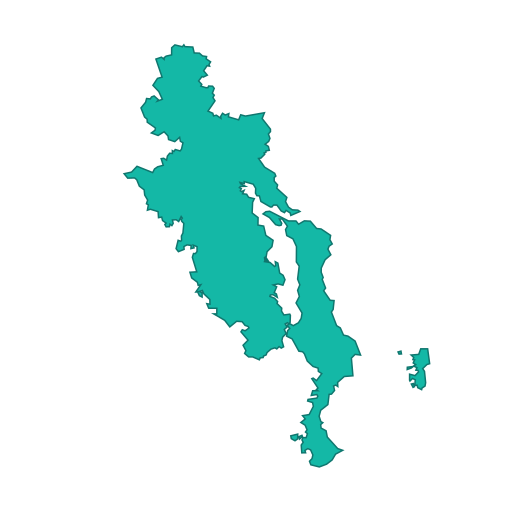 Stereas Elladas, Stereá Elláda, Greece (Natural Earth projection), rotated 46°
{"feature_id": "26713481B15414951167649", "entity_name": "Stereas Elladas", "entity_type": "district", "adm_level": 2, "iso_a3": "GRC", "parent_name": "Greece", "parent_adm1": "Stereá Elláda", "projection": "natural_earth1", "projection_center": [23.323, 38.611], "detail": "fine", "context": "isolated", "style": "filled", "palette": "teal", "viewbox_px": 512, "rotation_deg": 46, "n_neighbors": 0, "source": "geoboundaries", "source_scale": "gbopen_adm2", "svg_char_len": 6129}
<svg xmlns="http://www.w3.org/2000/svg" viewBox="0 0 512 512"><g transform="rotate(46 256 256)"><path d="M47.8,167.7L47.6,172.0L52.7,177.0L49.8,181.8L49.5,184.3L50.7,185.5L47.3,185.9L44.8,191.2L62.1,199.3L59.8,203.5L61.6,211.6L70.2,211.7L78.2,214.5L76.1,219.3L75.9,217.7L70.1,218.1L69.0,220.7L69.6,222.9L66.7,225.3L68.7,228.6L69.6,235.9L78.6,239.6L82.0,239.3L84.2,241.3L94.0,239.4L95.4,241.2L94.8,245.8L101.3,242.7L102.8,235.8L108.5,235.9L111.5,238.0L117.3,235.0L117.6,228.5L120.9,230.7L123.8,229.9L127.4,235.4L127.7,237.6L123.3,240.1L123.8,242.4L122.1,243.0L124.2,244.9L122.1,246.7L122.6,250.4L124.9,253.7L121.6,254.5L120.1,256.6L126.3,259.7L123.5,264.8L122.9,268.5L124.2,272.4L108.8,279.3L109.2,287.2L105.2,293.7L110.9,294.2L115.5,289.1L118.3,288.8L124.7,291.4L130.7,290.5L134.8,293.7L140.5,295.1L142.3,298.5L144.4,297.9L147.6,302.3L149.0,299.5L156.1,295.6L160.7,299.5L162.5,296.8L165.6,298.6L169.9,297.8L170.0,299.7L172.6,300.4L174.8,297.9L173.3,295.8L175.7,295.4L175.0,292.9L172.0,291.1L174.5,288.2L177.5,287.7L175.6,282.4L177.6,282.7L177.9,284.6L179.5,285.3L182.4,285.3L188.7,292.6L189.8,295.8L192.9,298.5L193.1,299.9L190.6,301.1L195.2,308.4L199.0,308.8L201.3,303.1L199.1,301.3L200.1,297.9L203.3,295.3L205.5,297.7L207.1,294.9L204.6,293.6L208.3,291.9L211.8,295.3L212.2,297.9L210.8,299.2L212.7,302.7L226.2,309.6L221.8,314.8L227.1,317.5L234.2,316.4L236.9,318.0L238.3,315.6L240.1,324.3L241.3,322.9L245.2,324.3L248.1,323.3L245.0,320.3L242.0,321.5L243.5,318.5L247.0,319.8L255.2,319.4L258.7,322.6L256.1,324.5L260.7,326.3L266.4,320.5L270.4,324.4L268.3,326.6L280.5,323.2L288.8,324.1L289.5,315.3L293.6,311.6L298.3,312.1L301.2,310.6L302.8,311.0L302.7,313.0L302.2,315.8L299.5,317.1L300.1,319.5L311.0,320.2L311.2,327.3L317.1,329.0L318.2,331.9L323.5,331.4L326.3,328.5L333.0,325.7L332.2,323.7L334.0,321.4L333.2,320.0L334.2,317.4L333.1,315.2L333.4,309.9L335.2,306.2L337.3,305.6L337.2,302.3L339.8,301.8L340.5,299.2L334.9,296.2L332.9,293.3L332.7,288.2L328.5,286.7L328.7,283.0L325.1,282.2L325.8,279.7L327.5,279.7L327.5,277.6L322.6,272.5L321.3,272.1L317.8,276.9L313.3,275.9L311.4,273.7L304.8,273.9L303.8,272.1L299.3,272.0L294.7,274.1L294.0,272.8L295.6,270.6L300.5,269.4L297.5,267.7L295.0,268.3L292.5,262.5L288.8,263.7L291.4,259.5L295.7,256.9L293.2,251.6L288.7,249.9L284.7,250.8L276.3,245.2L273.5,246.1L276.7,248.6L276.5,249.9L270.5,250.4L265.9,253.8L265.3,252.4L267.9,250.6L265.2,250.1L266.0,251.7L264.9,252.3L263.1,251.1L263.2,249.2L264.2,250.5L264.6,250.6L260.6,245.1L260.4,238.1L256.6,232.8L248.0,234.6L239.8,229.7L235.1,233.1L229.8,227.8L222.4,228.9L215.0,221.1L213.6,217.4L208.6,220.6L205.1,219.8L201.9,222.4L200.5,219.0L199.6,221.7L198.2,222.0L197.3,219.7L195.3,220.5L195.1,219.0L198.5,215.2L193.3,216.9L191.9,216.4L195.8,214.1L194.3,212.8L202.4,208.1L207.1,209.2L210.4,212.7L213.2,213.5L215.1,211.8L220.2,214.6L230.7,211.6L231.8,210.5L231.5,208.1L233.9,205.6L241.1,206.6L244.6,205.4L244.1,202.7L248.8,201.5L251.0,202.8L254.5,193.5L252.1,194.0L248.0,197.8L243.4,198.7L237.4,197.0L235.3,193.1L221.7,194.0L219.9,191.1L214.8,190.9L212.2,188.4L212.3,186.2L209.5,185.1L198.1,188.1L187.6,186.4L189.0,184.4L188.9,179.1L187.5,178.6L188.3,176.9L187.3,175.8L189.2,173.0L185.8,171.0L181.9,171.8L182.4,167.3L181.1,164.3L176.8,162.3L176.6,159.2L174.8,157.5L161.4,156.1L158.8,150.4L148.0,166.4L143.8,168.9L146.0,173.9L136.7,179.2L134.7,176.6L133.2,180.2L130.1,180.9L131.0,184.4L132.6,185.6L127.2,186.7L125.7,189.2L123.3,187.9L118.4,189.9L115.9,177.7L112.1,176.9L111.3,174.3L108.6,174.3L106.4,169.6L103.7,169.3L100.8,172.0L101.5,173.6L100.3,175.0L95.5,177.7L94.9,175.8L90.2,175.7L89.4,170.2L90.7,169.6L92.1,165.4L86.4,165.0L85.1,159.0L87.2,157.5L85.6,156.8L84.8,153.8L79.5,154.9L78.2,153.0L74.9,155.5L70.8,155.8L67.0,159.4L61.8,156.3L56.0,161.7L54.0,161.2L54.3,163.6L47.8,167.7ZM293.0,188.0L281.8,190.4L278.3,193.3L268.7,192.7L264.3,196.8L262.7,203.3L258.6,202.9L253.3,208.3L233.3,215.1L231.0,218.1L230.6,221.7L237.7,219.6L247.1,220.1L250.2,218.3L251.3,216.6L250.4,214.8L245.6,213.5L247.7,211.4L256.4,212.7L257.5,216.4L262.7,219.7L269.3,217.5L277.3,220.3L288.3,231.1L293.3,232.0L301.5,242.1L307.2,244.5L309.6,249.9L315.2,252.9L317.6,259.8L329.0,262.5L332.3,266.9L333.5,271.9L332.0,277.6L328.2,278.7L327.4,281.7L331.5,282.0L331.7,285.1L334.9,289.7L340.7,287.6L354.3,291.3L357.2,289.0L359.9,289.1L367.2,292.1L375.1,291.7L379.8,289.2L382.3,291.3L386.3,290.4L387.7,299.0L383.5,299.7L383.0,301.1L394.0,303.1L394.1,305.5L395.7,305.2L392.3,308.8L394.7,313.1L397.9,308.5L399.8,308.9L400.5,310.9L395.3,318.2L396.2,319.6L400.7,317.1L404.0,319.2L407.0,327.9L403.2,333.4L407.4,333.8L406.9,339.4L411.8,338.2L416.5,340.0L417.0,342.7L419.5,342.4L421.5,346.1L419.3,348.3L420.2,350.7L422.8,351.5L423.4,354.8L429.4,359.8L432.0,357.0L429.8,355.9L430.6,352.5L433.4,351.4L438.6,353.3L440.7,356.5L440.8,360.1L444.3,361.6L451.7,357.0L454.8,349.8L455.6,342.9L453.8,336.4L456.0,328.6L451.3,331.0L435.8,330.5L430.4,327.0L425.0,328.7L422.2,326.6L422.3,323.7L420.2,324.4L415.1,321.9L411.9,316.6L412.8,307.5L406.3,299.5L407.8,297.6L407.3,292.9L403.4,290.5L404.2,288.3L406.7,287.8L403.6,285.1L404.0,276.2L409.5,269.5L395.7,258.3L395.6,253.1L399.9,249.6L386.0,243.8L377.5,245.5L373.7,248.0L366.3,245.3L362.1,246.4L348.7,240.7L348.0,237.6L342.3,230.8L339.4,233.4L328.0,231.5L327.4,228.2L318.8,224.6L318.1,222.6L313.0,220.4L310.0,217.4L306.7,208.9L307.1,201.3L301.0,199.5L299.7,196.6L300.3,192.8L295.6,191.5L293.0,188.0ZM452.8,214.3L452.8,208.4L454.1,205.9L442.0,197.0L437.2,202.0L439.8,207.3L435.0,213.2L438.6,213.0L439.5,215.1L440.9,214.0L442.1,217.2L445.1,216.6L444.6,219.1L448.1,217.8L449.2,220.3L450.8,218.9L452.3,219.6L452.5,224.7L447.7,227.6L452.0,231.8L452.9,232.1L452.8,228.5L455.7,227.4L459.3,231.6L460.8,229.9L463.1,231.1L467.2,229.7L466.3,228.2L467.0,224.8L465.0,222.0L456.0,214.9L452.8,214.3ZM416.0,356.3L416.5,353.1L413.1,349.7L409.5,355.9L411.9,357.5L416.0,356.3ZM442.7,226.1L444.5,222.0L444.7,219.7L441.1,224.4L442.7,226.1ZM425.9,221.3L427.5,219.4L425.1,217.8L423.7,220.5L425.9,221.3ZM416.9,347.5L415.8,350.6L417.9,351.9L418.1,348.0L416.9,347.5ZM460.1,232.7L457.0,231.4L456.0,233.2L459.6,234.3L460.1,232.7Z" fill="#14b8a6" stroke="#0f766e" stroke-width="1.5"/></g></svg>